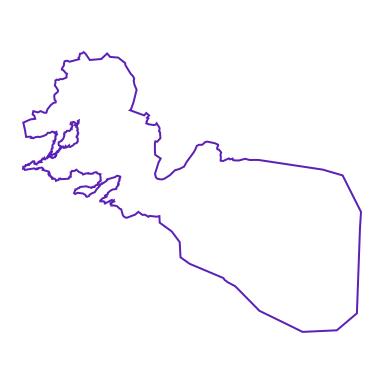 Fuossko smj 2, Nordland, Norway
{"feature_id": "86288312B90819759899265", "entity_name": "Fuossko smj 2", "entity_type": "district", "adm_level": 2, "iso_a3": "NOR", "parent_name": "Norway", "parent_adm1": "Nordland", "projection": "mercator", "projection_center": [15.387, 67.235], "detail": "fine", "context": "isolated", "style": "outline", "palette": "violet", "viewbox_px": 384, "rotation_deg": 0, "n_neighbors": 0, "source": "geoboundaries", "source_scale": "gbopen_adm2", "svg_char_len": 5753}
<svg xmlns="http://www.w3.org/2000/svg" viewBox="0 0 384 384"><path d="M55.4,80.5L55.4,83.1L54.8,85.6L56.2,87.2L58.1,90.4L57.8,91.8L54.6,94.6L54.2,95.9L54.6,99.7L55.7,100.8L55.7,102.4L53.4,103.0L50.8,105.0L47.4,109.4L46.3,112.8L44.1,112.7L40.6,111.1L37.9,112.4L33.3,111.2L32.6,114.4L34.3,115.7L35.2,118.8L30.5,119.4L23.3,122.6L25.1,130.7L26.1,136.9L30.7,136.7L32.2,137.7L31.8,138.0L33.5,138.2L35.2,137.2L38.3,136.7L39.5,137.1L43.2,136.1L46.1,134.8L48.0,132.7L50.0,132.9L52.2,131.6L54.2,132.1L54.4,132.8L56.4,131.9L56.6,133.5L57.1,134.4L56.1,135.2L55.5,133.1L55.1,132.6L55.9,135.0L55.3,136.2L55.7,136.8L55.3,137.5L55.6,139.0L55.1,139.2L54.8,140.5L54.4,140.7L54.9,140.8L54.6,141.6L54.3,141.6L54.3,142.1L53.8,141.8L53.5,142.5L53.6,143.8L52.6,144.9L52.4,146.7L52.7,147.5L52.4,148.5L51.9,148.5L51.4,150.3L51.5,151.1L52.0,151.4L51.9,152.0L51.2,152.8L50.7,152.0L50.8,151.6L48.8,154.7L50.6,153.8L50.6,154.6L50.3,154.6L51.6,155.0L55.6,153.4L56.9,151.6L59.5,149.6L59.4,148.9L60.0,148.4L60.6,146.1L58.8,145.3L58.6,143.8L58.7,142.3L61.6,140.8L61.5,140.5L63.2,138.9L64.3,135.9L64.4,134.3L64.1,134.3L64.5,132.5L66.0,132.2L66.9,130.8L69.4,130.9L70.2,130.4L70.7,129.1L71.7,129.1L71.5,127.8L71.8,127.8L72.5,125.5L70.5,124.1L71.0,122.5L72.5,122.3L72.7,122.8L73.3,121.9L74.8,122.4L75.5,123.5L75.3,124.6L74.8,125.1L75.4,125.4L77.0,123.8L78.0,122.1L78.3,122.2L77.9,121.0L78.6,120.6L78.4,121.4L78.7,121.4L78.7,121.9L78.4,122.5L78.1,122.4L78.2,123.2L76.4,126.7L77.8,126.7L77.2,127.0L77.2,127.9L77.6,128.1L77.6,129.4L77.4,129.9L77.7,129.9L77.5,131.4L78.0,132.5L77.9,133.2L78.2,133.2L78.0,134.5L77.4,134.8L77.2,136.3L76.6,136.5L76.6,137.1L77.7,138.3L77.8,141.4L77.4,141.6L77.5,141.9L76.7,143.0L74.1,144.0L73.4,145.1L70.1,147.0L69.1,146.6L69.0,145.5L67.7,146.8L66.9,146.6L66.5,147.4L65.9,147.3L65.5,146.4L64.7,147.9L63.7,147.9L63.3,146.6L62.4,146.6L59.0,150.5L58.3,152.0L56.4,152.8L56.4,154.3L56.0,154.3L56.0,155.4L55.5,155.4L55.7,156.2L54.9,156.6L54.9,157.2L52.3,158.1L50.9,157.2L51.1,156.9L50.8,156.9L50.6,155.7L49.3,156.1L49.1,156.9L48.2,157.2L46.7,156.4L47.5,157.4L47.3,158.2L45.4,158.5L45.2,159.3L44.2,159.2L44.1,158.2L43.4,159.0L42.8,158.5L42.3,158.8L41.9,160.0L40.5,160.8L41.3,160.8L41.2,161.8L41.4,162.1L39.2,162.3L36.5,163.7L36.5,164.4L34.6,163.9L34.6,162.7L34.2,162.7L34.2,161.4L32.8,161.3L30.5,163.4L29.0,163.9L29.3,164.2L28.7,164.5L28.8,164.9L26.2,165.0L26.4,165.4L25.4,165.7L25.2,166.5L23.3,166.7L23.0,168.8L24.3,168.8L24.8,169.9L34.2,168.4L35.2,169.0L36.5,168.6L36.5,169.3L38.0,169.0L38.7,168.0L41.9,167.6L43.2,168.6L42.9,169.3L43.3,169.6L42.9,170.0L48.9,171.6L49.6,173.6L48.5,173.4L48.4,174.1L49.3,175.7L50.7,176.0L50.9,177.0L52.0,177.3L52.0,178.2L52.7,177.8L53.2,178.3L52.9,178.3L52.9,178.8L54.6,178.7L55.9,180.1L56.0,180.8L58.7,179.8L59.1,178.7L60.5,178.5L61.0,179.2L68.7,178.7L69.2,178.0L69.2,177.2L70.7,176.9L70.8,176.1L70.4,175.3L70.8,174.8L70.7,172.5L71.2,172.5L71.8,171.0L74.6,170.9L76.4,169.7L79.0,172.0L82.3,173.3L83.0,174.5L86.6,173.3L88.2,173.6L88.4,173.1L90.2,173.8L92.7,173.7L93.5,172.8L96.0,172.2L96.7,172.3L97.2,173.3L100.1,174.2L99.8,174.4L100.5,176.6L100.7,180.3L100.4,180.3L100.4,181.1L98.6,182.3L98.4,183.4L97.9,183.2L97.3,184.9L95.5,185.4L94.8,186.5L94.3,186.5L94.3,187.0L92.0,187.1L91.5,187.9L86.2,186.3L79.9,187.0L79.4,187.9L78.0,188.2L76.5,189.5L75.4,189.4L74.1,193.3L75.2,194.0L77.6,192.8L83.0,193.5L85.5,195.0L86.1,196.4L86.9,196.8L88.9,196.1L89.6,194.8L91.7,193.4L94.8,192.2L96.6,189.3L99.7,186.0L99.2,185.8L99.6,184.6L101.9,183.9L101.8,183.6L102.2,183.1L102.7,183.4L105.8,181.4L107.4,180.0L107.1,179.4L115.1,177.1L117.1,175.7L119.9,176.4L120.2,176.6L119.9,177.2L120.0,177.5L119.7,177.5L119.8,178.1L119.2,179.2L119.7,180.1L118.4,182.4L118.4,183.9L119.5,184.4L118.0,184.4L118.1,185.6L116.9,186.7L116.2,188.3L116.4,188.8L116.2,189.0L112.6,189.5L110.3,190.8L107.8,192.9L107.8,194.1L104.9,195.7L105.0,196.4L104.4,196.8L106.7,196.0L106.7,196.4L106.2,196.4L105.8,197.2L102.6,198.3L101.8,199.0L101.4,199.9L100.6,200.1L100.2,200.9L100.3,201.4L103.7,201.3L104.6,201.9L104.7,203.5L104.2,204.0L111.4,200.1L111.9,199.9L112.4,200.7L113.8,200.3L113.7,201.1L114.1,201.5L111.4,202.5L110.5,203.1L110.5,203.9L111.5,203.7L111.3,205.5L114.6,205.5L117.0,206.2L119.7,208.7L121.2,209.3L122.9,215.4L124.5,217.1L126.7,217.8L135.2,214.6L138.3,211.9L142.5,214.9L144.9,214.7L148.5,216.8L149.4,215.9L156.7,216.7L159.4,216.1L159.7,222.7L171.7,231.4L179.7,242.1L180.5,257.3L189.6,263.8L223.5,278.1L224.4,279.7L227.8,282.3L235.2,286.2L259.4,310.8L302.6,331.9L336.8,330.3L356.9,313.3L360.0,227.8L361.0,211.9L342.6,175.4L322.7,169.6L258.2,159.9L249.7,160.0L245.0,158.8L239.3,160.4L236.2,160.5L233.2,160.2L232.6,158.6L230.1,159.4L229.0,158.4L223.1,161.0L220.8,160.8L220.6,160.6L220.9,157.0L220.4,155.0L221.2,152.5L219.0,149.7L217.5,149.3L217.1,148.6L217.2,147.7L218.2,145.1L218.1,144.7L215.1,143.3L207.2,141.6L205.2,142.1L202.2,144.8L198.9,144.8L196.8,145.9L195.2,149.7L193.8,152.2L186.6,162.0L184.1,166.6L179.4,169.0L175.1,170.2L169.9,175.2L164.4,178.7L161.7,179.5L157.7,178.9L155.9,177.4L155.0,173.7L158.6,162.4L160.7,158.5L155.2,154.8L154.9,150.0L154.9,142.8L155.4,141.3L157.1,141.8L160.4,138.2L160.0,132.2L159.0,131.2L159.6,129.3L159.4,127.6L156.6,123.3L155.8,124.5L154.1,125.1L148.8,124.3L146.3,123.4L146.9,122.1L146.6,121.4L148.3,118.4L147.0,117.8L149.1,115.4L146.3,113.0L144.2,115.4L130.0,110.2L130.9,109.5L133.4,102.7L136.6,89.8L134.5,84.8L133.7,80.8L134.2,78.7L133.0,76.2L130.5,73.5L125.4,65.1L125.1,63.0L118.2,57.6L110.1,56.9L107.1,53.5L101.3,59.0L89.8,60.0L85.6,53.9L83.7,52.1L81.8,53.5L80.0,53.7L79.3,57.1L78.5,57.8L79.1,59.2L69.6,61.7L66.9,60.7L64.6,61.3L63.9,63.8L64.0,65.2L62.0,68.5L61.8,69.6L63.2,70.1L66.1,73.4L67.0,73.7L66.4,75.8L66.6,76.7L66.4,77.6L62.7,79.1L59.8,79.1L58.8,80.0L56.9,79.6L55.4,80.5Z" fill="none" stroke="#5b21b6" stroke-width="2"/></svg>